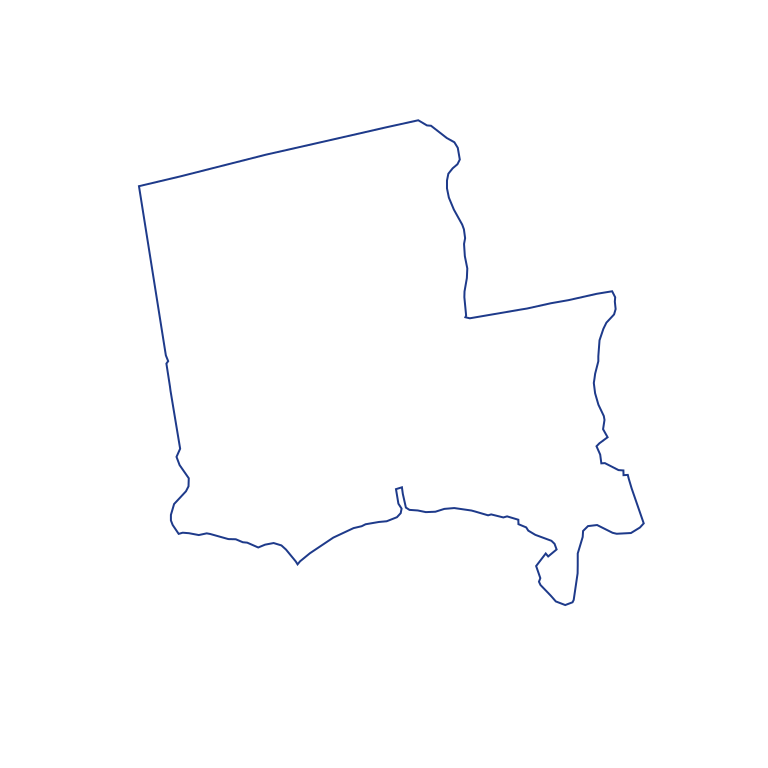 Central Honiara, Capital Territory (Honiara), Solomon Islands (Natural Earth projection), rotated 160°
{"feature_id": "97153195B38090868085036", "entity_name": "Central Honiara", "entity_type": "district", "adm_level": 2, "iso_a3": "SLB", "parent_name": "Solomon Islands", "parent_adm1": "Capital Territory (Honiara)", "projection": "natural_earth1", "projection_center": [159.962, -9.442], "detail": "fine", "context": "isolated", "style": "outline", "palette": "blue", "viewbox_px": 768, "rotation_deg": 160, "n_neighbors": 0, "source": "geoboundaries", "source_scale": "gbopen_adm2", "svg_char_len": 2086}
<svg xmlns="http://www.w3.org/2000/svg" viewBox="0 0 768 768"><g transform="rotate(160 384 384)"><path d="M526.9,244.1L523.5,246.1L511.5,250.3L484.2,257.0L461.9,259.0L453.6,258.0L449.3,258.5L436.0,256.1L428.4,254.1L417.4,254.4L412.5,256.9L410.1,260.9L411.4,266.6L408.7,281.1L402.5,280.8L403.9,274.3L405.7,260.4L403.1,257.0L395.5,253.6L388.5,249.3L379.4,246.4L370.0,246.0L360.4,243.4L345.1,235.2L342.4,233.3L331.1,225.0L327.9,224.8L317.5,217.8L313.6,217.5L304.2,210.5L305.6,206.3L299.4,200.6L298.6,196.9L293.4,190.5L280.3,179.4L278.4,175.5L278.4,169.5L288.7,165.8L290.0,169.4L303.3,160.9L303.5,148.1L306.0,145.2L305.7,141.6L299.7,128.1L296.9,120.9L289.3,114.3L281.5,114.4L279.6,116.2L266.8,139.9L263.8,147.8L259.9,158.5L249.6,172.3L247.2,177.8L240.9,180.7L232.0,178.6L220.1,166.0L216.6,163.7L202.9,159.5L192.6,161.6L187.6,164.2L187.0,201.2L186.4,211.4L186.0,215.2L190.1,216.4L188.6,220.9L193.1,222.9L203.5,234.1L206.9,235.1L205.0,243.7L205.6,252.8L201.9,254.6L192.1,257.5L193.6,266.6L189.1,274.8L188.4,278.7L189.6,291.2L188.8,303.1L186.5,313.2L184.3,317.2L182.1,321.4L174.8,332.1L173.1,336.8L166.5,351.4L159.0,360.8L154.0,365.6L146.7,369.3L144.0,370.7L140.7,375.2L138.9,382.5L137.1,386.4L137.9,393.1L153.3,396.0L182.0,399.7L199.5,402.8L223.8,406.0L230.1,407.2L280.9,416.4L284.7,418.9L283.4,420.3L278.8,438.1L276.7,443.4L269.9,455.2L266.2,464.1L264.3,476.5L260.9,488.2L257.9,493.3L256.0,502.0L256.0,507.0L258.7,524.0L259.3,537.0L257.9,546.3L255.2,553.7L251.6,559.6L245.7,563.2L239.8,565.4L236.0,569.0L233.9,580.7L235.2,587.1L240.9,593.7L251.5,610.6L255.2,612.3L261.6,620.1L294.5,624.5L368.0,633.7L416.7,639.9L504.0,648.7L546.6,653.7L579.2,485.5L579.0,479.3L581.5,477.6L586.0,454.8L586.9,450.8L592.9,418.7L597.7,392.9L603.9,386.5L603.8,377.7L599.7,362.2L602.7,354.7L606.8,350.9L622.3,343.0L629.0,333.9L630.9,328.7L630.8,323.8L628.2,313.4L624.0,313.1L618.3,310.5L609.7,305.4L601.7,304.3L598.6,302.5L583.3,291.5L576.4,288.8L570.8,283.6L566.8,281.7L558.1,273.4L550.7,273.7L542.1,272.3L535.6,267.4L532.7,261.9L527.6,247.4L526.9,244.1Z" fill="none" stroke="#1e3a8a" stroke-width="2"/></g></svg>